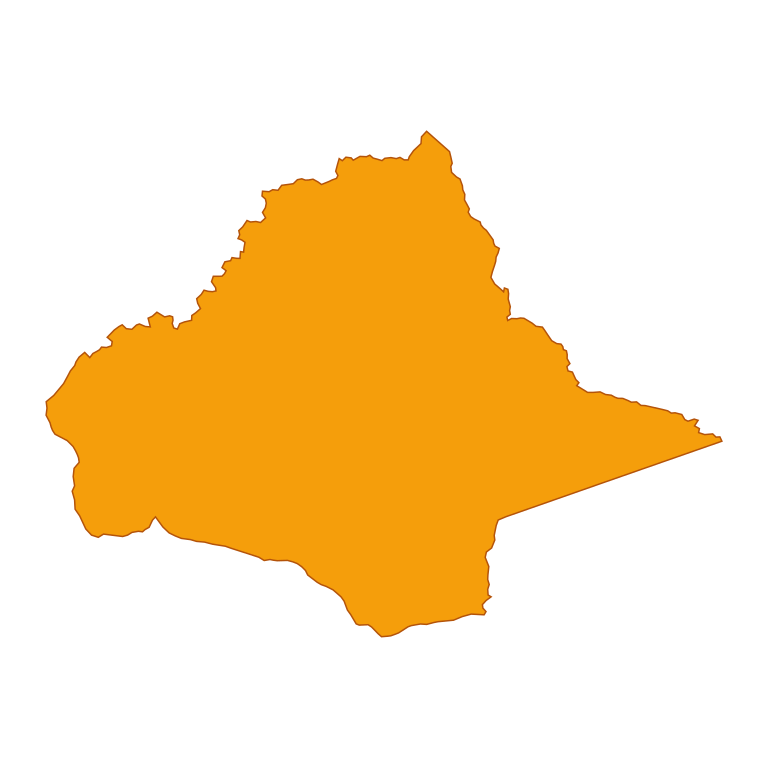 Belém do São Francisco, Pernambuco, Brazil (Albers equal-area conic projection)
{"feature_id": "56859067B50244249389471", "entity_name": "Belém do São Francisco", "entity_type": "district", "adm_level": 2, "iso_a3": "BRA", "parent_name": "Brazil", "parent_adm1": "Pernambuco", "projection": "albers", "projection_center": [-38.984, -8.567], "detail": "fine", "context": "isolated", "style": "filled", "palette": "amber", "viewbox_px": 768, "rotation_deg": 0, "n_neighbors": 0, "source": "geoboundaries", "source_scale": "gbopen_adm2", "svg_char_len": 4045}
<svg xmlns="http://www.w3.org/2000/svg" viewBox="0 0 768 768"><path d="M721.9,441.2L719.9,436.9L716.0,437.1L712.7,433.9L704.7,434.6L698.6,432.6L699.4,428.6L694.5,425.9L698.1,420.3L694.2,419.1L688.0,421.2L684.8,419.6L681.8,414.5L675.1,412.8L671.3,413.1L667.7,410.8L662.1,409.4L645.2,405.6L640.9,405.4L636.6,401.9L631.3,402.2L628.4,400.7L622.8,398.4L617.9,398.3L614.9,397.2L611.3,395.2L605.5,394.5L600.1,391.9L593.2,392.4L587.6,392.4L576.7,385.7L578.9,382.7L575.8,379.5L574.4,376.5L572.4,372.1L568.0,370.9L566.9,366.6L569.9,363.6L567.1,358.6L567.2,354.6L566.4,350.8L563.4,349.6L562.8,346.6L561.0,344.1L556.7,343.6L551.7,340.7L547.5,334.6L544.8,330.5L542.4,327.1L536.0,326.3L532.2,323.2L524.0,318.3L520.5,318.0L516.9,318.7L511.6,318.5L507.7,320.5L506.9,317.1L510.3,314.3L509.6,310.5L510.3,306.7L508.2,299.0L508.6,293.7L507.9,289.3L504.4,288.0L503.6,291.8L500.4,288.9L494.7,284.0L490.9,277.4L492.4,271.7L494.5,265.4L495.7,261.4L496.1,257.1L498.0,253.1L499.3,248.4L495.0,246.1L493.7,243.3L493.1,239.8L489.6,234.9L486.3,230.3L483.5,228.1L480.9,224.9L480.2,222.0L474.2,219.0L470.7,216.6L468.2,212.2L469.3,208.9L466.9,204.3L464.5,200.0L464.8,194.3L462.8,189.9L462.4,185.7L460.0,179.0L456.5,177.0L451.6,172.4L450.8,166.5L452.2,163.3L450.8,156.9L449.5,151.6L426.6,131.3L421.5,136.8L421.0,143.6L413.6,150.6L409.3,156.7L408.2,159.9L404.2,159.9L400.0,157.4L396.3,158.6L391.0,157.6L384.8,158.3L382.0,160.6L377.7,159.3L373.2,158.1L369.8,155.2L366.5,156.7L360.0,156.4L353.2,160.2L351.2,157.9L345.9,157.2L342.3,160.7L339.2,158.6L337.6,164.1L335.7,171.3L337.9,175.5L336.5,178.4L332.2,179.9L329.2,181.4L321.5,184.5L317.9,181.9L313.0,179.2L308.6,180.0L305.3,180.1L301.8,178.8L297.4,179.7L293.3,183.7L289.3,184.3L281.7,185.3L278.0,190.3L272.7,189.7L269.1,191.7L262.5,191.2L262.0,196.0L265.4,199.0L266.3,203.2L265.4,207.7L262.5,212.4L265.6,217.9L260.6,222.5L255.9,221.5L250.5,222.0L247.0,220.5L242.7,226.9L238.8,230.6L239.7,234.8L238.0,238.6L241.6,239.9L245.0,242.3L244.1,247.4L243.6,252.1L240.5,251.6L240.0,258.4L236.5,258.3L232.0,257.6L230.6,260.7L224.9,261.8L222.0,267.6L226.1,270.7L224.5,273.7L222.0,276.2L218.7,276.3L213.3,276.3L211.5,281.7L215.6,287.7L216.0,290.9L212.4,291.7L208.1,291.3L204.0,290.2L201.3,294.4L196.7,298.7L197.7,303.3L200.5,308.6L195.7,312.8L191.8,315.5L191.6,320.3L184.5,321.9L179.8,323.7L177.4,329.1L173.8,328.0L172.2,323.5L173.0,320.2L172.6,316.8L169.7,315.8L164.6,316.9L156.9,312.2L152.4,316.2L148.1,318.2L150.3,326.9L145.3,326.5L139.4,324.0L136.5,325.0L131.9,329.3L126.3,328.7L122.2,324.8L118.9,326.6L114.3,330.0L107.2,337.3L112.2,341.5L111.5,345.8L106.5,347.5L101.5,347.1L99.6,349.7L97.0,351.3L92.9,353.5L89.8,357.6L84.7,352.4L79.1,357.1L76.0,361.9L74.7,365.6L70.4,370.9L67.8,375.9L63.6,383.6L53.8,395.4L46.2,401.7L47.0,408.1L46.1,415.2L50.0,422.7L51.2,427.1L52.6,430.5L55.0,434.2L67.2,440.6L73.1,446.5L75.6,450.9L77.3,454.5L78.5,457.7L79.2,462.3L74.1,468.3L73.2,476.6L74.6,485.9L72.2,491.2L74.6,499.9L75.1,509.2L79.7,515.9L85.8,529.0L91.5,535.1L98.3,537.3L103.5,534.1L122.7,536.5L127.6,535.1L132.0,532.4L138.4,531.3L142.5,531.8L145.0,529.6L149.1,527.3L152.5,520.1L155.5,516.9L162.9,527.0L169.1,532.9L175.2,535.9L181.4,538.4L190.5,539.6L196.6,541.4L200.1,541.7L204.6,542.1L208.8,543.2L212.7,544.2L218.9,545.2L225.3,546.2L231.5,548.4L238.7,550.7L258.8,557.2L264.2,560.5L270.0,559.5L273.4,560.2L277.2,560.7L287.5,560.4L293.0,561.9L297.3,563.6L301.7,566.7L305.5,570.5L307.7,575.0L317.1,582.2L321.2,584.6L326.2,586.4L333.1,589.9L341.0,596.8L344.1,601.1L347.4,610.0L350.7,614.6L356.2,623.9L359.2,625.1L368.1,624.7L371.6,627.0L378.1,633.7L381.5,636.7L387.7,636.2L390.8,635.8L395.0,634.3L398.6,632.9L408.0,626.8L411.3,625.6L420.4,624.0L426.7,624.4L433.9,622.5L438.0,621.7L453.5,620.2L462.2,616.6L471.2,614.1L484.1,614.8L486.0,611.6L482.9,608.1L482.4,604.6L486.1,600.5L491.1,596.8L488.1,595.0L487.7,589.3L489.2,584.5L487.7,579.5L487.9,575.0L488.8,566.5L485.2,557.4L486.4,552.0L491.6,548.0L494.8,540.0L494.2,535.4L496.2,525.5L498.2,520.0L506.0,516.7L601.1,483.4L642.0,469.1L721.9,441.2Z" fill="#f59e0b" stroke="#b45309" stroke-width="1.5"/></svg>